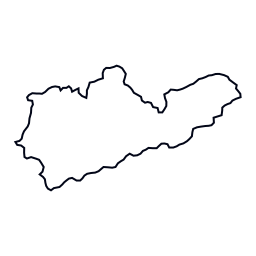 the district of Diogo de Vasconcelos, Minas Gerais, Brazil
{"feature_id": "56859067B48461497956719", "entity_name": "Diogo de Vasconcelos", "entity_type": "district", "adm_level": 2, "iso_a3": "BRA", "parent_name": "Brazil", "parent_adm1": "Minas Gerais", "projection": "mercator", "projection_center": [-43.177, -20.486], "detail": "fine", "context": "isolated", "style": "outline", "palette": "ink", "viewbox_px": 256, "rotation_deg": 0, "n_neighbors": 0, "source": "geoboundaries", "source_scale": "gbopen_adm2", "svg_char_len": 2181}
<svg xmlns="http://www.w3.org/2000/svg" viewBox="0 0 256 256"><path d="M170.7,89.6L168.3,92.3L164.3,94.4L165.0,98.1L166.4,101.9L166.3,106.0L164.4,109.3L162.3,112.4L158.7,112.4L157.6,108.0L153.1,107.1L151.0,102.9L147.7,102.0L145.0,102.7L141.9,100.5L141.0,96.8L137.5,94.8L133.9,92.8L132.1,89.8L130.3,87.6L127.8,85.5L124.6,84.3L123.7,81.5L124.9,77.6L125.8,73.9L123.9,70.9L122.2,68.3L119.4,66.6L116.6,65.7L113.9,66.9L109.9,68.0L106.2,67.9L103.9,69.8L102.7,73.1L102.9,78.3L98.3,79.7L94.3,81.7L89.7,82.6L88.4,87.1L86.9,90.3L86.9,93.8L86.3,97.9L82.0,96.0L78.7,92.8L78.5,88.4L75.4,89.9L72.1,91.7L71.1,88.4L68.8,86.3L66.4,87.9L63.0,87.9L60.6,90.4L59.3,87.1L55.2,86.4L52.0,87.0L48.5,88.7L45.1,92.0L42.0,93.8L39.1,93.5L36.1,93.5L32.3,93.2L28.9,95.1L27.1,97.3L28.1,100.2L32.2,100.8L32.9,104.5L31.3,107.7L31.0,112.9L29.5,118.3L29.0,123.3L27.7,126.5L26.0,128.7L24.0,131.3L22.6,134.6L21.7,138.7L19.5,140.9L15.4,142.0L17.2,144.9L21.1,145.5L24.2,147.9L24.1,152.7L24.5,157.0L26.9,158.5L31.1,157.1L36.1,158.7L39.1,159.8L41.1,162.7L43.7,167.0L42.5,171.7L39.7,174.4L43.1,177.0L44.9,179.3L45.4,182.8L46.2,185.9L47.9,188.6L51.0,190.3L53.9,188.1L59.5,187.0L62.3,184.5L64.2,182.3L66.4,180.5L68.9,178.6L72.1,177.9L76.5,180.5L80.2,180.5L82.4,178.4L84.4,175.6L87.1,173.8L91.1,173.0L95.2,172.6L98.6,171.2L100.8,169.3L103.5,167.0L108.1,167.3L112.2,167.7L115.5,167.0L117.9,163.3L120.9,161.2L123.6,159.6L126.1,156.2L129.7,153.7L133.5,155.7L137.2,155.3L140.5,153.7L142.9,150.9L145.8,149.7L148.5,147.9L152.7,148.2L156.7,148.2L159.0,145.9L161.4,143.7L164.4,143.5L167.5,144.2L169.2,147.5L173.4,147.5L176.7,146.3L179.4,144.6L183.4,143.4L187.0,141.2L189.3,139.1L191.9,136.3L192.4,132.1L193.2,128.9L197.0,127.3L201.0,126.6L205.4,126.0L208.7,125.8L211.5,125.2L213.9,122.7L213.6,117.7L217.4,116.5L221.6,115.2L222.2,110.6L222.3,107.6L224.7,105.5L227.5,104.1L230.4,103.1L232.4,100.6L236.0,98.8L240.6,97.2L240.3,93.8L238.2,91.1L236.0,88.5L236.7,85.1L233.0,82.4L229.4,79.7L227.8,76.8L224.0,75.1L219.2,73.9L215.6,74.0L211.8,75.2L208.7,75.5L205.7,77.0L202.3,78.3L198.9,79.1L196.2,81.5L193.3,83.8L190.3,84.8L186.3,87.0L182.7,88.7L180.0,89.6L177.1,90.3L173.5,89.8L170.7,89.6Z" fill="none" stroke="#020617" stroke-width="2"/></svg>